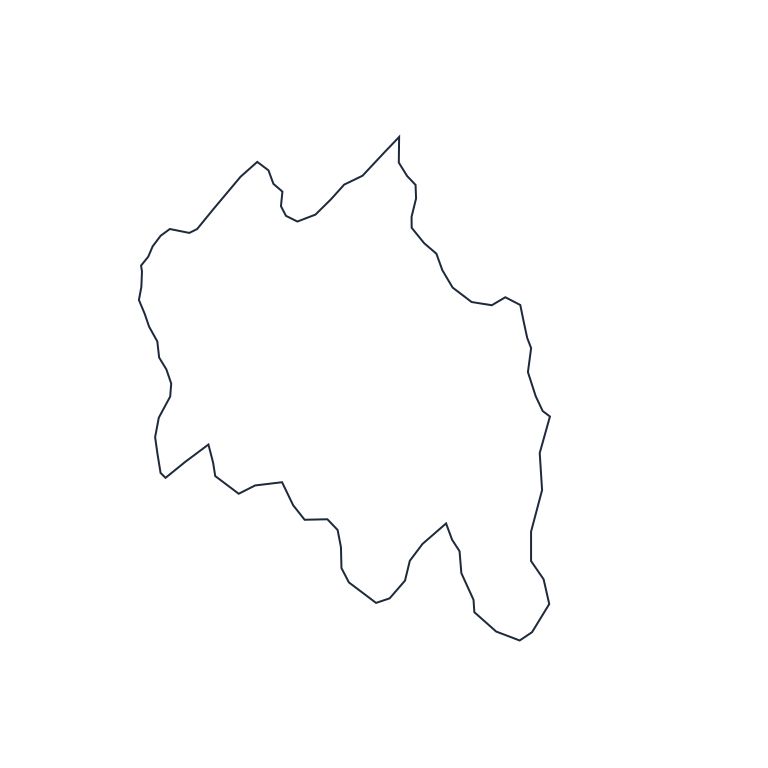 Svenljunga, Västra Götaland, Sweden (Natural Earth projection), rotated 127°
{"feature_id": "70781695B82404495889294", "entity_name": "Svenljunga", "entity_type": "district", "adm_level": 2, "iso_a3": "SWE", "parent_name": "Sweden", "parent_adm1": "Västra Götaland", "projection": "natural_earth1", "projection_center": [13.101, 57.432], "detail": "fine", "context": "isolated", "style": "outline", "palette": "slate", "viewbox_px": 768, "rotation_deg": 127, "n_neighbors": 0, "source": "geoboundaries", "source_scale": "gbopen_adm2", "svg_char_len": 1294}
<svg xmlns="http://www.w3.org/2000/svg" viewBox="0 0 768 768"><g transform="rotate(127 384 384)"><path d="M435.6,649.3L439.8,645.0L452.5,636.2L464.4,630.3L472.0,617.3L479.6,606.1L486.4,590.7L498.2,579.5L503.3,566.6L511.7,554.2L522.7,547.2L546.4,543.6L564.2,534.8L576.0,523.0L589.5,508.9L590.4,502.0L566.2,496.0L538.0,487.8L549.7,473.1L559.1,463.4L559.1,434.0L542.6,425.9L523.8,406.3L535.5,383.6L540.2,365.7L526.1,347.8L528.5,333.2L540.2,320.2L556.6,307.2L563.6,292.6L563.6,258.6L551.8,250.5L528.4,248.9L509.6,257.0L488.5,257.0L458.0,250.5L467.4,235.9L472.1,223.0L488.5,208.4L502.5,182.6L511.9,174.5L514.2,145.4L512.3,138.9L507.2,121.3L493.1,116.4L460.3,119.6L443.9,139.0L436.9,160.0L413.4,177.7L373.6,193.9L345.4,218.1L310.1,231.9L310.1,241.0L302.4,255.6L287.9,276.2L266.8,288.1L261.0,297.4L249.5,310.7L238.9,322.7L241.7,339.3L256.2,345.3L265.8,363.3L265.7,387.2L258.0,405.9L248.4,420.6L247.4,436.6L242.6,455.9L233.9,462.6L216.6,470.0L206.0,478.6L204.0,490.7L198.3,505.4L177.6,520.6L198.9,523.1L230.6,526.5L248.7,535.8L268.2,537.5L290.0,540.7L306.4,551.0L308.7,563.5L304.0,573.3L291.5,580.9L290.7,592.8L282.9,604.8L282.9,618.9L304.8,623.3L346.9,625.5L372.7,626.5L380.5,630.4L389.1,648.3L400.0,651.6L413.3,651.6L424.2,648.9L435.6,649.3Z" fill="none" stroke="#1e293b" stroke-width="2"/></g></svg>